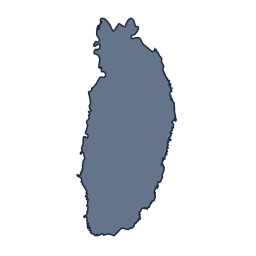 Múgica, Michoacán, Mexico, rotated 184°
{"feature_id": "50627088B21289458615422", "entity_name": "Múgica", "entity_type": "district", "adm_level": 2, "iso_a3": "MEX", "parent_name": "Mexico", "parent_adm1": "Michoacán", "projection": "equal_earth", "projection_center": [-102.107, 18.967], "detail": "fine", "context": "isolated", "style": "filled", "palette": "slate", "viewbox_px": 256, "rotation_deg": 184, "n_neighbors": 0, "source": "geoboundaries", "source_scale": "gbopen_adm2", "svg_char_len": 5811}
<svg xmlns="http://www.w3.org/2000/svg" viewBox="0 0 256 256"><g transform="rotate(184 128 128)"><path d="M175.4,77.8L175.3,77.1L175.0,76.6L173.4,75.8L172.1,75.5L171.2,74.3L170.8,74.0L170.5,73.0L171.0,71.0L169.5,70.1L169.5,68.6L168.2,67.2L167.7,66.1L166.1,64.2L164.6,61.6L164.7,61.1L165.2,60.4L165.0,60.0L164.1,59.7L164.1,59.1L164.3,58.6L165.6,57.3L165.7,56.7L163.9,56.4L164.5,54.7L164.3,54.0L162.8,54.1L162.5,53.9L162.6,53.4L163.2,52.2L163.0,49.7L163.6,48.0L163.6,47.3L162.4,46.8L162.5,44.5L162.2,42.9L163.2,41.9L162.8,39.8L163.1,39.1L163.8,38.0L165.9,36.8L165.9,36.3L165.3,35.8L163.7,36.5L162.9,36.2L162.6,35.3L162.5,32.3L161.9,31.5L162.1,29.6L161.7,29.5L161.0,30.0L160.7,29.7L160.8,29.1L161.7,27.9L161.7,27.3L161.2,26.9L160.1,27.2L160.1,26.7L161.1,26.2L161.3,25.5L161.0,25.2L159.0,25.5L159.0,24.7L159.6,23.5L158.4,23.5L158.2,21.3L157.5,21.4L157.3,20.6L156.9,20.0L154.7,20.0L154.2,19.7L154.1,18.7L152.4,18.4L151.6,19.6L151.3,19.6L151.2,19.1L150.5,18.5L146.3,20.7L145.4,20.6L144.7,19.4L140.2,21.1L134.2,19.7L127.6,27.5L126.2,27.7L120.7,26.6L118.9,28.4L117.4,28.2L116.9,28.4L116.5,29.3L115.6,29.7L114.9,31.6L114.7,32.9L114.5,33.3L113.6,33.4L112.8,35.1L112.1,35.3L111.5,35.9L111.1,38.1L110.9,38.2L109.9,37.6L109.3,38.5L109.5,39.7L110.2,41.0L109.9,42.2L110.7,42.4L110.4,43.0L110.8,44.3L110.8,44.6L110.3,44.7L109.9,46.0L109.4,46.3L109.5,46.6L109.2,47.6L108.7,48.3L107.5,49.2L107.0,49.2L106.2,48.8L105.9,49.1L105.9,49.5L105.7,49.7L105.2,48.8L104.2,48.9L103.8,49.4L103.1,48.7L102.7,50.0L101.4,50.3L101.3,51.5L101.0,51.7L100.5,52.9L100.3,54.5L100.2,54.7L99.4,54.6L99.2,54.8L99.0,56.6L98.6,56.6L98.1,56.9L98.1,57.2L97.0,57.5L95.9,61.2L96.4,62.8L96.5,62.7L96.6,63.8L96.3,64.0L96.2,65.0L96.8,65.9L97.4,65.5L97.6,65.7L95.5,72.0L94.8,71.6L94.7,69.5L93.8,72.6L94.4,73.4L94.5,74.9L93.9,76.4L93.0,75.9L91.5,77.1L91.6,78.0L90.1,81.2L90.7,83.1L89.1,88.8L89.3,90.5L89.1,90.9L89.4,91.9L90.3,92.8L90.7,93.9L91.2,94.0L92.1,93.6L92.1,94.1L91.6,95.4L91.1,95.8L91.5,97.5L91.0,97.6L90.6,98.1L91.6,99.9L91.3,100.2L90.3,99.6L89.2,99.5L89.2,101.2L88.8,102.9L88.6,103.5L87.4,104.5L87.4,104.8L88.6,105.0L88.7,105.3L88.5,106.0L87.7,106.9L87.0,107.1L87.4,108.2L87.8,108.2L88.0,110.3L86.6,110.8L86.8,111.3L87.8,111.9L86.6,113.7L87.0,114.1L87.7,115.5L86.5,116.4L87.3,117.4L87.2,118.5L86.6,118.6L85.1,118.3L84.7,118.5L84.4,118.9L84.6,119.8L85.3,119.6L86.4,120.3L86.5,120.7L86.0,122.0L85.1,122.2L84.9,122.5L84.5,124.7L83.9,125.8L85.5,126.2L85.6,127.0L83.5,128.8L84.0,131.4L83.8,131.7L83.0,131.3L82.9,131.5L82.8,134.2L83.1,135.3L84.8,136.7L84.2,137.3L83.8,138.1L83.3,138.4L82.4,139.6L81.1,138.2L80.8,138.3L80.6,138.8L80.7,140.6L82.1,140.9L82.1,141.4L81.5,142.0L81.5,143.8L82.2,144.4L82.2,145.1L82.9,147.7L82.8,150.0L83.7,150.8L83.1,151.9L83.1,152.7L83.8,153.7L83.6,155.0L83.7,156.2L84.8,157.1L86.2,159.8L87.1,159.2L87.4,159.5L86.5,160.6L87.4,161.0L87.5,161.5L87.3,162.8L88.2,162.9L88.7,165.2L88.2,166.7L87.5,167.7L87.1,167.7L87.1,168.3L87.3,168.9L87.6,168.9L88.0,169.8L87.6,170.5L87.1,170.8L88.0,171.0L89.0,172.0L89.0,172.3L88.4,173.3L88.5,173.6L90.1,173.7L89.7,174.6L89.1,174.3L88.7,174.9L89.7,175.8L90.2,176.0L90.7,177.3L90.1,177.5L90.0,178.2L92.0,178.5L92.0,180.1L93.3,180.8L93.4,181.5L93.8,181.7L95.2,184.5L95.9,184.9L95.6,185.1L95.7,185.8L97.1,188.0L97.3,190.6L96.6,191.7L97.6,193.8L99.0,195.9L99.3,197.6L99.2,199.1L99.3,199.7L100.3,201.1L101.5,202.0L102.0,202.8L103.4,205.5L104.4,206.0L105.1,207.4L105.6,207.4L105.6,208.2L105.9,208.2L106.2,207.4L106.8,208.6L107.5,206.6L108.4,205.8L109.0,205.9L110.1,206.4L114.0,209.4L114.6,209.6L116.8,211.5L118.1,212.0L120.2,214.4L121.6,217.4L123.2,218.7L124.3,218.8L127.1,218.5L129.2,217.6L130.3,217.6L130.9,218.1L131.0,219.6L130.6,220.6L130.2,220.9L128.3,221.5L126.9,222.9L124.8,226.6L124.5,228.3L124.7,229.2L125.2,229.8L126.8,229.8L127.8,230.3L129.4,234.7L130.0,235.8L131.9,237.5L133.1,237.6L135.2,236.0L137.3,231.6L137.7,229.1L138.0,228.8L140.0,229.1L143.6,231.3L144.6,231.2L147.2,226.7L148.1,224.7L148.9,223.7L149.7,224.0L151.2,225.9L153.4,229.8L156.5,233.4L158.9,235.2L159.7,235.6L162.2,235.5L162.9,234.8L163.1,233.6L162.9,233.0L161.6,231.7L161.5,230.6L161.9,231.2L162.8,231.5L163.3,227.4L164.0,226.6L163.6,225.6L163.7,224.9L163.9,224.4L164.4,224.2L164.5,225.2L164.8,226.1L164.5,228.2L165.2,227.8L165.6,226.2L166.0,221.6L165.6,218.4L162.9,214.8L162.7,213.2L163.2,212.3L163.9,211.6L164.6,211.5L165.8,212.0L166.5,211.7L168.1,208.8L167.7,207.5L166.9,207.1L166.2,207.4L163.9,209.3L162.3,209.6L161.9,209.4L161.7,208.6L161.7,205.7L162.3,204.8L163.7,204.5L164.2,204.0L164.3,203.6L165.5,204.3L166.3,203.8L167.0,202.2L167.1,200.3L166.7,199.8L163.6,198.9L162.3,198.1L161.2,195.5L160.9,194.2L161.4,186.6L161.0,186.1L160.4,185.8L160.1,185.9L159.4,186.9L158.9,186.9L158.6,186.0L158.8,183.9L158.6,183.1L158.0,182.3L156.1,182.5L155.0,181.7L154.1,180.4L154.0,179.0L154.3,177.8L155.6,176.6L157.7,177.0L159.3,176.7L161.0,173.7L163.3,168.9L164.1,168.2L165.6,165.7L167.0,165.4L166.7,163.7L167.2,162.7L168.0,162.0L169.7,161.3L169.9,161.0L167.6,153.4L167.3,151.7L167.2,150.3L168.2,147.0L167.8,145.4L167.0,144.0L166.0,143.7L165.8,143.4L165.9,142.9L166.8,141.9L167.3,141.7L168.3,141.8L168.5,141.5L167.1,139.6L167.5,138.5L168.2,138.1L167.6,136.2L167.5,134.8L167.9,133.8L169.2,132.7L169.6,132.0L169.8,130.9L169.7,130.4L168.6,128.5L168.5,127.1L169.5,122.4L170.1,120.8L170.1,120.2L169.4,119.2L168.1,118.9L167.8,118.6L167.4,117.8L167.2,116.8L167.5,116.0L168.1,115.3L170.5,116.4L171.4,116.2L171.9,115.4L171.7,109.0L171.9,107.7L172.7,106.2L172.8,104.0L172.6,103.1L172.3,102.8L172.1,102.3L172.5,101.3L173.5,100.4L173.8,99.1L173.1,98.7L171.9,100.3L170.7,100.3L170.1,99.2L169.9,97.0L169.1,95.7L169.0,94.4L169.7,93.4L170.5,91.3L170.4,88.7L170.8,87.0L170.3,85.0L170.5,84.0L171.0,83.5L171.0,82.9L170.5,81.5L172.1,80.5L172.2,79.8L171.8,79.0L172.2,78.1L172.8,77.3L175.4,77.8Z" fill="#64748b" stroke="#1e293b" stroke-width="1.5"/></g></svg>